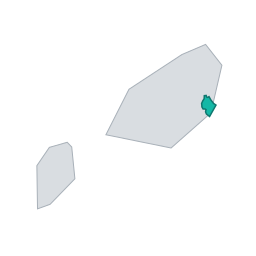 Qrendi highlighted on a map of Malta, rotated 282°
{"feature_id": "MLT-5972", "entity_name": "Qrendi", "entity_type": "state/province", "adm_level": 1, "iso_a3": "MLT", "parent_name": "Malta", "parent_adm1": "", "projection": "mercator", "projection_center": [14.452, 35.828], "detail": "fine", "context": "in_parent", "style": "filled", "palette": "teal", "viewbox_px": 256, "rotation_deg": 282, "n_neighbors": 0, "source": "natural_earth", "source_scale": "10m", "svg_char_len": 663}
<svg xmlns="http://www.w3.org/2000/svg" viewBox="0 0 256 256"><g transform="rotate(282 128 128)"><path d="M225.9,186.5L208.9,206.8L160.0,205.9L117.4,174.3L116.8,107.8L166.1,120.9L211.1,165.5L225.9,186.5ZM97.7,76.9L67.3,86.6L37.2,67.7L30.1,56.3L72.2,46.7L92.7,55.1L101.4,71.5L97.7,76.9Z" fill="#d9dde1" stroke="#a8b0b8" stroke-width="1"/><path d="M168.7,209.3L156.2,205.4L158.0,201.8L159.9,200.5L162.2,200.5L162.6,199.4L162.2,197.5L164.0,195.9L165.5,195.5L167.3,194.9L170.1,195.5L172.5,196.4L175.5,195.9L176.1,197.7L174.6,198.5L174.5,199.7L175.5,200.7L174.3,201.8L172.8,203.1L169.8,206.6L168.7,209.3Z" fill="#14b8a6" stroke="#0f766e" stroke-width="1.5"/></g></svg>